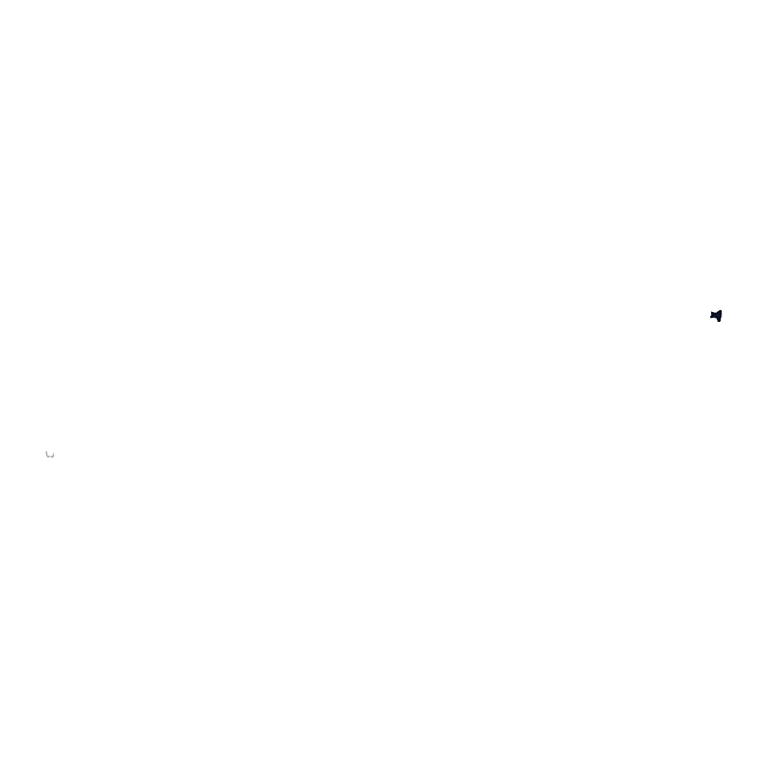 where Christmas Island sits in Indian Ocean Territories
{"feature_id": "IOA-2652", "entity_name": "Christmas Island", "entity_type": "state/province", "adm_level": 1, "iso_a3": "IOA", "parent_name": "Indian Ocean Territories", "parent_adm1": "", "projection": "albers", "projection_center": [105.657, -10.498], "detail": "fine", "context": "in_parent", "style": "filled", "palette": "ink", "viewbox_px": 768, "rotation_deg": 0, "n_neighbors": 0, "source": "natural_earth", "source_scale": "10m", "svg_char_len": 926}
<svg xmlns="http://www.w3.org/2000/svg" viewBox="0 0 768 768"><path d="M721.9,315.5L719.7,321.1L715.7,318.0L711.1,317.1L712.0,313.0L715.8,312.4L717.7,312.2L720.4,310.7L721.9,315.5ZM47.3,456.0L48.2,456.4L49.4,456.0L49.8,456.4L48.0,457.2L46.9,455.9L46.3,453.7L46.1,451.8L46.6,451.7L46.6,452.5L46.7,453.1L47.2,454.4L46.9,455.2L47.3,456.0ZM53.2,456.8L52.4,457.3L51.6,457.0L51.4,456.8L51.3,456.4L52.2,456.3L52.8,455.9L53.2,455.2L53.3,454.3L53.7,455.2L53.7,456.1L53.2,456.8Z" fill="#d9dde1" stroke="#a8b0b8" stroke-width="1"/><path d="M720.3,310.7L721.1,311.2L720.9,312.3L720.9,313.7L720.5,315.6L720.5,317.2L719.8,318.3L720.0,320.2L719.6,321.1L718.4,321.2L718.0,319.9L717.5,318.7L717.2,317.5L716.1,317.1L714.5,316.8L712.7,316.9L711.2,317.4L711.0,316.5L711.8,316.0L712.3,314.6L711.9,313.5L711.9,312.5L712.9,312.9L714.4,313.7L716.5,313.7L717.6,312.7L718.9,311.5L720.3,310.7Z" fill="#0f172a" stroke="#020617" stroke-width="1.5"/></svg>